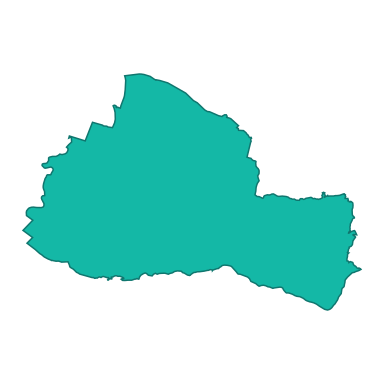 Petelea, Mures, Romania
{"feature_id": "2599482B51636470976237", "entity_name": "Petelea", "entity_type": "district", "adm_level": 2, "iso_a3": "ROU", "parent_name": "Romania", "parent_adm1": "Mures", "projection": "natural_earth1", "projection_center": [24.753, 46.721], "detail": "fine", "context": "isolated", "style": "filled", "palette": "teal", "viewbox_px": 384, "rotation_deg": 0, "n_neighbors": 0, "source": "geoboundaries", "source_scale": "gbopen_adm2", "svg_char_len": 6002}
<svg xmlns="http://www.w3.org/2000/svg" viewBox="0 0 384 384"><path d="M334.9,304.0L337.6,299.8L338.6,297.0L341.2,293.6L341.8,289.5L342.1,288.4L343.8,286.9L344.2,286.1L344.5,284.1L344.9,282.5L345.1,280.3L345.5,279.6L347.6,277.0L352.3,272.7L354.1,272.4L355.7,271.6L358.8,270.6L361.0,269.4L360.5,268.8L358.9,268.0L358.4,268.6L357.2,268.1L355.5,266.1L354.6,265.8L354.2,265.5L353.2,264.0L353.0,262.9L352.6,262.4L350.3,261.6L348.9,262.6L348.6,261.5L348.2,261.1L347.0,260.9L347.0,260.6L346.9,259.0L347.5,256.5L347.5,254.7L347.9,253.8L348.7,253.0L347.7,252.9L347.4,252.4L348.1,251.6L348.5,249.3L349.2,248.2L349.1,247.2L351.1,246.3L352.4,244.7L352.9,241.1L354.1,239.1L355.5,237.3L355.5,237.0L354.8,236.3L353.0,235.0L353.0,234.8L353.4,234.5L353.8,234.5L356.7,234.8L355.1,231.3L354.5,230.6L353.5,230.8L351.0,231.7L349.1,233.0L348.6,233.1L348.7,232.3L350.3,230.7L349.9,230.0L350.1,228.8L349.9,227.1L350.3,225.3L350.3,224.0L352.1,220.4L352.4,219.2L353.4,218.2L353.9,218.0L354.2,218.1L354.4,217.9L354.3,217.3L353.8,216.6L352.6,215.5L352.3,214.2L352.1,210.0L352.4,208.7L352.8,207.9L353.0,205.3L352.8,203.1L352.5,202.6L350.8,201.4L350.3,201.9L349.5,201.9L349.2,201.8L348.6,200.8L347.9,200.8L347.9,200.6L348.2,199.8L347.9,198.5L345.1,198.4L345.1,197.8L345.7,196.5L345.3,196.0L345.4,194.8L344.2,194.5L344.3,193.9L343.5,193.9L339.7,195.3L337.2,195.6L335.5,195.6L333.6,196.0L329.5,196.0L328.1,196.2L327.7,195.4L326.8,196.1L324.4,197.2L324.3,196.8L324.7,196.5L325.2,195.5L324.4,193.7L324.5,193.3L324.8,192.9L323.6,192.3L322.4,192.8L322.9,194.0L321.9,195.4L322.4,196.9L322.3,197.8L320.1,199.0L319.3,199.0L318.4,199.4L317.6,199.0L316.9,199.2L314.5,198.4L313.1,198.7L311.5,197.5L310.5,197.4L308.9,197.8L305.9,198.3L304.7,199.1L303.9,199.4L303.3,199.3L302.4,198.7L300.5,198.7L300.0,199.1L299.4,200.3L296.3,200.2L294.4,199.1L292.4,199.2L291.2,198.6L289.7,198.4L288.3,197.2L286.1,196.5L282.2,196.1L278.9,196.4L277.5,196.2L274.4,194.4L273.3,193.9L271.7,194.1L270.8,194.6L269.4,195.0L267.3,194.8L264.5,195.7L263.9,196.3L263.5,197.6L262.8,198.3L259.1,196.6L257.1,196.5L255.0,194.8L255.8,191.2L256.1,187.5L256.9,184.6L257.7,182.8L259.1,180.8L258.1,177.8L257.7,175.8L259.0,173.7L259.1,171.5L259.0,170.2L258.1,168.6L257.2,167.8L256.0,166.2L255.7,163.0L256.0,161.7L255.9,161.4L255.1,160.9L253.2,160.5L252.2,159.8L250.8,158.2L250.2,158.3L247.0,157.2L250.6,142.4L251.1,141.4L250.7,139.3L251.0,138.7L251.5,138.3L251.2,137.4L249.4,137.5L248.0,135.0L247.0,134.2L246.0,132.7L243.5,130.6L238.6,130.3L238.3,129.4L238.4,128.8L238.3,128.5L236.7,127.7L238.0,126.1L238.5,125.7L230.8,118.7L229.4,118.1L226.7,117.4L227.1,116.3L226.3,114.8L224.6,114.8L222.6,115.9L222.0,116.5L218.6,115.7L209.7,111.8L207.3,111.5L204.7,109.9L197.3,102.8L193.6,100.7L192.6,99.8L185.7,93.1L167.8,82.9L159.8,80.5L156.1,79.8L155.9,80.1L154.1,79.1L150.2,76.4L144.0,74.5L141.3,74.1L139.3,74.0L124.7,75.8L125.3,78.0L125.7,80.5L125.2,89.9L124.5,95.6L124.0,97.5L120.9,105.8L120.3,108.1L118.6,107.7L117.7,107.1L116.9,107.6L116.3,107.5L116.2,107.3L116.3,106.9L116.2,106.1L115.6,105.6L114.5,105.2L113.9,105.3L113.1,105.8L114.2,108.6L115.1,112.5L115.3,119.2L114.6,122.8L112.5,127.6L108.0,127.0L106.8,126.2L103.8,126.0L103.0,125.7L102.7,125.2L92.5,122.3L85.2,140.9L69.4,136.0L68.8,138.1L71.1,137.1L71.4,137.9L71.6,142.1L68.8,144.6L66.5,147.2L67.9,148.4L68.0,149.0L67.9,150.5L66.7,152.8L65.0,153.9L62.0,154.6L59.8,154.1L58.4,155.3L56.1,156.4L52.5,156.4L49.7,157.1L49.0,157.5L48.6,158.0L48.6,160.6L47.1,162.9L46.0,163.4L43.5,163.6L42.4,164.0L42.1,164.8L42.1,165.6L44.3,167.9L45.2,168.2L46.5,168.0L50.4,167.1L51.0,167.1L51.7,167.4L52.7,168.2L53.2,169.5L53.0,170.5L51.7,172.7L51.1,173.8L51.0,174.5L50.7,174.8L47.4,174.8L46.8,175.3L46.4,176.2L46.3,176.9L45.7,177.6L45.1,178.6L43.6,183.6L43.2,186.0L43.2,187.5L43.5,188.9L44.6,191.6L44.7,195.6L42.7,195.8L41.6,196.9L41.4,198.1L41.8,199.4L44.0,203.7L43.9,205.9L42.9,207.2L41.1,207.6L36.5,207.5L33.4,207.1L31.2,207.3L29.1,208.0L28.0,209.0L26.6,210.9L26.3,212.4L26.5,215.6L32.8,220.2L23.0,230.4L32.6,237.5L27.0,243.2L35.1,249.4L39.7,253.5L41.6,254.7L44.2,256.9L48.1,259.0L51.0,260.1L51.4,260.5L52.0,260.4L56.0,261.2L58.6,261.1L61.6,262.1L68.0,261.8L69.4,265.0L69.6,266.1L70.2,267.3L73.4,269.2L76.5,272.3L78.3,273.1L79.7,274.1L92.2,277.6L93.5,277.5L94.3,278.2L94.9,278.3L96.3,278.0L97.2,278.1L98.6,277.2L99.4,276.9L101.0,277.5L102.4,276.6L103.6,276.5L107.3,277.7L108.0,277.5L108.4,277.6L108.8,278.3L107.6,279.8L107.7,280.0L108.3,280.1L108.8,279.7L109.5,278.7L110.0,278.6L111.0,279.0L111.8,278.9L111.9,278.6L111.3,277.3L111.3,277.1L112.8,277.0L114.7,275.9L116.2,275.7L118.0,276.3L119.9,276.2L123.2,277.6L123.8,278.2L123.7,278.6L121.8,278.8L121.1,279.2L122.5,280.4L124.9,280.5L127.8,280.2L131.7,280.2L134.8,279.1L135.9,279.1L137.0,278.5L138.1,279.1L138.9,279.1L139.6,276.9L140.9,275.2L143.3,273.7L145.0,273.0L145.4,273.0L146.8,273.7L147.7,274.7L148.6,275.3L152.1,275.9L152.3,275.8L153.4,274.3L155.4,273.3L157.0,274.1L157.7,274.1L158.7,273.6L159.9,273.4L164.2,273.2L165.3,273.3L168.3,274.2L170.1,273.4L172.5,272.8L174.5,271.5L177.4,270.9L181.1,271.2L181.7,271.5L182.3,272.4L182.8,272.7L184.3,273.1L187.4,275.0L189.5,275.5L190.3,275.2L191.1,274.3L193.8,272.5L195.3,272.4L197.2,271.8L199.8,271.7L204.2,271.1L207.4,270.4L208.7,270.3L210.0,269.6L212.0,269.9L212.5,270.4L212.5,270.6L213.0,270.0L214.5,269.5L216.9,268.7L218.6,268.5L219.4,267.5L220.9,266.7L221.7,265.9L223.0,265.3L224.6,265.1L227.3,265.3L229.8,265.8L231.0,266.2L231.6,266.6L236.2,271.7L237.8,273.8L238.6,274.1L240.2,274.2L247.6,277.0L249.5,278.7L250.9,281.4L255.8,283.6L257.6,285.2L258.9,286.1L259.6,286.1L261.1,285.5L263.4,285.2L265.9,285.8L267.9,286.8L269.6,287.0L272.8,288.3L274.4,287.9L280.0,287.1L281.7,287.4L282.8,288.2L283.4,289.6L284.2,290.7L285.7,292.4L286.4,292.9L287.7,292.9L289.2,293.1L292.4,294.2L294.9,295.6L296.9,296.3L300.0,296.7L303.3,298.3L305.7,300.2L306.6,300.7L309.6,301.8L311.6,302.2L313.9,302.9L316.5,304.1L319.3,306.1L324.6,309.3L327.5,310.0L329.0,309.6L330.3,309.0L331.8,307.7L333.7,305.1L334.9,304.0Z" fill="#14b8a6" stroke="#0f766e" stroke-width="1.5"/></svg>